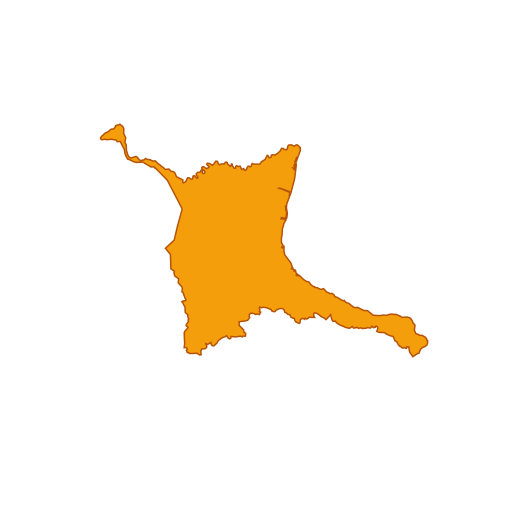 Barú, Chiriquí, Panama (Albers equal-area conic projection), rotated 298°
{"feature_id": "35544464B97118695767804", "entity_name": "Barú", "entity_type": "district", "adm_level": 2, "iso_a3": "PAN", "parent_name": "Panama", "parent_adm1": "Chiriquí", "projection": "albers", "projection_center": [-82.857, 8.312], "detail": "fine", "context": "isolated", "style": "filled", "palette": "amber", "viewbox_px": 512, "rotation_deg": 298, "n_neighbors": 0, "source": "geoboundaries", "source_scale": "gbopen_adm2", "svg_char_len": 6135}
<svg xmlns="http://www.w3.org/2000/svg" viewBox="0 0 512 512"><g transform="rotate(298 256 256)"><path d="M287.2,63.3L286.4,63.9L286.3,65.4L288.1,67.7L288.7,69.7L291.2,73.6L292.7,78.0L291.8,79.8L293.4,82.3L288.4,89.6L285.0,92.1L282.5,95.1L281.2,97.5L281.6,98.3L281.8,103.5L282.3,106.2L285.8,112.0L285.3,121.5L286.8,124.0L286.1,125.7L286.4,126.1L281.3,142.1L263.3,168.2L262.4,168.9L244.9,172.8L231.7,176.3L220.3,172.4L217.2,179.7L204.7,186.9L204.2,191.1L202.5,191.5L200.1,193.9L199.6,198.3L195.8,199.9L193.8,205.4L192.3,206.4L189.6,207.4L189.6,208.6L185.5,213.1L184.5,214.8L183.5,214.8L181.7,212.3L180.8,212.0L180.2,213.7L178.7,215.4L177.9,217.1L173.2,219.8L172.5,221.1L172.4,223.0L170.0,224.6L168.8,226.2L167.6,226.1L166.5,227.1L162.3,226.6L161.5,227.4L161.4,229.1L160.9,229.6L155.9,228.5L154.4,228.7L144.8,234.3L141.3,235.6L142.2,237.0L142.1,238.5L141.3,239.2L140.0,238.8L138.5,240.7L139.0,241.9L138.7,243.2L142.4,249.6L142.2,252.8L142.6,253.5L143.2,253.9L145.7,252.1L148.4,251.7L150.4,254.8L152.1,255.3L153.2,254.9L155.0,252.9L155.2,254.8L158.4,256.7L156.9,258.0L156.4,259.1L156.4,260.2L157.2,261.2L161.2,262.5L162.6,262.3L164.3,262.7L168.2,264.7L170.3,266.7L171.8,267.4L170.3,270.4L170.6,271.8L171.5,272.3L173.3,271.8L174.9,275.8L178.0,280.1L178.2,281.9L179.3,282.3L180.3,284.3L182.9,283.2L183.2,281.1L185.0,279.7L186.7,273.9L190.0,271.9L194.1,277.6L195.5,278.9L198.8,279.3L199.8,278.1L201.0,277.6L203.1,278.2L204.2,281.2L204.2,283.2L205.5,284.4L205.8,286.5L208.6,286.5L208.6,285.0L210.2,284.8L211.7,283.3L212.7,283.2L212.9,285.2L214.4,286.8L215.4,290.3L215.7,294.5L214.9,295.8L215.1,297.8L216.0,298.9L217.5,299.2L220.4,301.2L222.1,304.0L221.5,306.2L219.7,308.0L220.1,309.3L219.4,311.5L220.1,313.5L218.5,315.2L218.4,317.8L219.0,318.9L217.3,320.7L216.5,322.2L216.7,325.7L217.5,326.2L220.7,325.1L222.9,326.5L223.0,328.6L223.6,328.2L224.2,328.8L224.2,330.4L225.5,331.3L226.9,331.7L229.3,336.6L230.6,334.8L232.0,334.1L232.9,334.1L233.6,335.0L233.9,337.0L233.6,340.2L233.1,341.2L233.3,344.7L232.7,347.7L239.2,349.4L235.4,352.9L234.5,354.5L235.8,356.9L234.8,358.3L234.5,361.9L235.0,368.6L235.7,371.4L236.2,372.6L238.9,374.1L238.2,376.1L239.7,378.1L240.3,378.3L240.4,380.8L241.9,382.3L241.9,384.0L244.3,387.6L245.2,388.1L246.0,390.7L246.5,391.1L248.2,391.1L248.4,391.7L247.8,393.3L249.0,394.7L249.7,394.3L250.6,395.3L250.2,396.7L249.5,397.5L246.1,398.1L246.4,400.7L248.7,405.4L248.3,407.5L248.5,411.3L249.3,415.0L246.5,418.3L246.4,420.4L244.6,423.1L243.7,425.6L244.1,426.6L243.5,427.6L243.7,429.0L244.8,430.0L244.8,431.9L245.4,432.3L246.8,431.9L247.5,433.5L243.4,436.6L240.7,441.8L245.2,444.1L246.8,445.5L250.9,445.1L253.3,446.0L255.7,447.9L257.5,448.7L260.2,448.2L261.9,447.2L261.9,446.4L263.0,445.5L263.8,443.3L263.9,439.9L262.6,437.4L263.0,436.3L262.5,433.7L264.8,430.7L269.5,428.9L271.0,425.5L272.1,424.4L273.4,422.1L273.6,420.1L272.9,417.8L270.4,413.8L270.6,411.4L270.1,406.6L269.2,405.5L268.7,403.5L267.0,401.0L265.0,399.3L263.5,395.9L261.5,393.4L259.1,388.1L258.8,386.7L260.1,380.2L258.4,376.4L258.4,369.8L257.2,368.4L256.6,366.2L257.7,360.5L257.3,357.1L258.1,354.8L257.6,354.7L257.3,352.7L257.6,346.8L257.1,345.1L257.3,344.1L257.8,344.0L258.5,342.8L258.6,340.5L257.7,339.4L257.4,335.2L258.9,330.9L257.4,329.6L256.8,328.3L256.8,325.4L255.9,322.6L256.3,322.2L256.0,320.1L256.6,317.5L257.9,315.0L257.3,312.2L257.5,309.4L259.2,303.3L258.6,302.9L258.1,300.8L257.1,300.6L258.3,300.6L258.7,302.3L259.0,302.4L259.7,299.5L261.5,297.9L260.6,296.7L261.0,296.6L261.5,297.5L261.9,297.3L261.7,295.3L262.2,293.9L261.6,293.3L260.6,293.4L261.8,293.3L262.4,293.8L262.4,294.8L263.1,293.4L266.2,290.1L270.5,280.9L273.2,278.5L277.1,276.5L276.3,276.2L275.7,275.7L275.5,275.2L276.0,274.7L275.9,273.9L276.2,274.5L275.8,275.5L277.1,276.3L279.9,272.1L284.2,269.8L286.1,269.4L293.0,266.3L296.1,266.0L297.3,265.3L301.6,265.5L301.6,262.2L300.4,260.8L300.8,260.6L301.7,260.4L302.2,260.8L302.7,263.9L304.9,264.2L308.9,262.6L310.7,260.6L313.5,259.0L314.2,258.2L313.8,259.2L311.8,260.3L308.1,263.5L305.1,264.4L302.7,264.2L302.0,265.0L304.1,265.3L308.3,263.7L312.9,260.2L316.4,258.7L326.6,257.4L325.8,256.7L327.7,256.3L328.0,255.3L326.9,245.3L325.9,243.4L327.2,245.4L328.6,255.6L327.9,256.9L328.5,257.1L342.4,253.8L355.5,248.8L356.9,247.6L353.7,248.9L351.1,249.0L349.8,250.2L351.0,247.4L351.3,248.5L351.7,248.6L352.9,248.2L353.7,247.0L354.6,247.5L357.9,246.0L361.8,245.7L361.5,246.2L358.0,246.7L358.0,247.3L369.9,245.6L372.5,244.3L373.5,240.5L373.0,239.3L370.7,238.1L370.8,235.1L369.4,232.9L368.2,232.5L365.0,233.4L363.9,232.5L363.4,231.5L363.7,229.5L363.0,228.0L360.5,228.1L356.9,227.0L354.0,225.3L353.0,222.7L352.0,222.3L350.3,222.8L349.7,222.5L349.0,221.4L350.3,219.5L350.1,218.6L345.5,218.7L341.8,216.6L338.8,216.2L336.1,210.9L335.9,209.2L332.7,209.5L332.0,209.0L331.9,207.4L331.4,206.8L329.9,206.6L328.1,207.0L326.5,206.4L326.4,205.5L327.4,204.1L325.7,202.7L327.9,199.8L326.8,198.4L326.7,196.5L325.6,196.1L323.9,196.7L323.2,195.6L324.3,193.2L325.9,191.9L325.7,191.1L323.6,191.6L323.1,191.1L324.0,187.7L325.0,186.8L325.1,185.8L324.3,184.9L322.2,184.7L321.2,182.4L319.4,180.9L319.8,179.3L321.4,177.6L321.0,176.1L317.1,175.5L315.6,174.8L315.9,171.7L315.1,169.4L313.7,169.5L312.8,172.7L311.5,172.5L309.8,171.1L310.3,167.7L309.5,166.8L308.7,166.6L307.9,167.0L307.3,168.0L306.9,170.9L305.9,171.7L305.0,171.6L304.1,170.9L303.9,170.2L304.4,169.4L306.0,168.9L306.3,168.0L306.1,167.3L303.8,167.3L302.5,165.3L300.7,164.6L299.4,165.3L298.7,167.3L297.5,168.0L296.9,167.1L297.9,164.1L297.6,163.2L296.8,162.9L295.1,163.7L293.8,163.4L293.4,162.4L293.6,160.3L292.9,158.9L288.7,159.0L286.5,157.6L287.0,156.5L288.9,155.7L288.7,148.6L291.5,145.0L291.6,143.0L291.0,141.0L291.9,138.3L289.8,135.1L290.7,132.4L290.7,130.3L291.3,129.2L291.5,126.4L292.7,122.3L291.4,120.5L291.3,117.3L290.2,114.3L290.3,112.7L288.4,112.0L286.1,109.4L286.2,107.4L287.2,105.6L287.6,103.7L287.1,102.7L283.8,99.7L283.9,97.2L285.0,95.4L288.5,92.0L293.1,89.3L294.8,86.9L299.3,85.4L302.1,81.6L306.4,79.5L307.9,77.4L308.4,73.9L307.1,73.3L306.6,72.0L305.0,70.9L304.1,71.2L301.4,70.7L300.0,68.6L296.1,66.9L293.1,64.7L290.7,64.2L289.6,63.6L287.2,63.3Z" fill="#f59e0b" stroke="#b45309" stroke-width="1.5"/></g></svg>